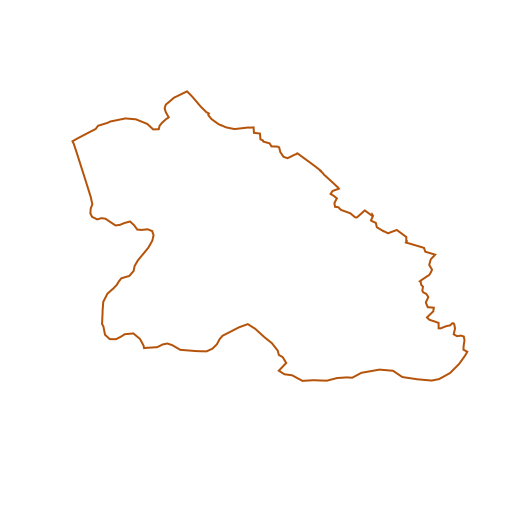 Sanoyeah, Bong, Liberia (Equal Earth projection), rotated 70°
{"feature_id": "62588387B99544432637290", "entity_name": "Sanoyeah", "entity_type": "district", "adm_level": 2, "iso_a3": "LBR", "parent_name": "Liberia", "parent_adm1": "Bong", "projection": "equal_earth", "projection_center": [-9.896, 7.035], "detail": "fine", "context": "isolated", "style": "outline", "palette": "amber", "viewbox_px": 512, "rotation_deg": 70, "n_neighbors": 0, "source": "geoboundaries", "source_scale": "gbopen_adm2", "svg_char_len": 3938}
<svg xmlns="http://www.w3.org/2000/svg" viewBox="0 0 512 512"><g transform="rotate(70 256 256)"><path d="M85.4,389.2L88.3,388.9L98.8,389.2L123.6,390.2L128.1,390.4L128.3,390.4L144.0,391.1L151.4,392.1L151.8,392.4L154.9,395.1L159.4,397.1L159.8,397.0L163.1,396.7L166.1,393.8L167.3,392.7L167.5,389.3L167.6,388.3L168.2,387.1L169.5,384.7L175.0,380.7L179.2,377.6L180.2,373.3L180.0,368.3L180.5,362.6L181.5,362.0L185.7,359.9L189.3,358.9L190.6,358.5L192.4,354.5L193.8,348.8L197.1,345.0L197.3,345.1L199.2,345.1L201.3,345.1L206.0,348.1L206.9,349.1L211.5,354.5L219.7,368.5L223.9,373.5L228.2,376.1L231.4,381.8L231.3,384.1L231.2,384.3L230.9,390.2L233.2,393.9L234.1,394.9L234.3,395.3L235.4,396.5L237.9,401.5L238.0,401.7L238.0,401.9L240.6,408.5L246.8,415.2L249.5,416.4L255.0,418.9L256.4,419.4L267.2,423.9L270.0,423.5L278.4,424.8L283.8,422.0L284.1,421.8L286.3,416.1L285.6,410.4L285.1,408.2L284.6,406.1L286.2,400.1L286.8,397.7L294.3,393.4L301.7,392.3L304.2,392.7L305.9,386.7L306.3,385.4L307.9,380.0L307.2,373.9L307.9,369.3L308.2,368.9L311.1,365.2L311.5,364.9L318.3,359.2L321.8,351.5L323.4,348.0L324.5,345.6L325.7,342.8L328.7,335.1L328.2,328.8L325.7,323.1L323.4,320.5L321.5,318.4L320.6,316.7L319.5,314.7L317.2,296.4L317.2,295.0L317.2,287.0L324.2,281.6L335.1,275.9L343.3,270.9L352.5,267.9L356.7,268.4L360.2,265.5L366.9,264.2L367.3,265.1L371.6,273.8L372.1,273.4L376.8,269.8L380.5,262.8L389.2,255.1L392.4,244.4L395.4,237.1L397.4,232.0L398.4,221.6L401.1,212.3L403.3,207.2L402.3,200.2L401.8,196.9L403.1,189.6L405.0,178.8L409.1,170.0L410.7,166.5L419.8,159.9L427.1,146.4L433.1,133.6L434.3,126.0L434.2,125.6L433.1,118.4L432.3,113.6L426.8,101.9L421.1,93.6L418.6,90.6L418.2,90.2L416.0,92.2L415.0,93.1L414.7,93.0L414.3,92.8L411.6,91.7L409.2,90.4L407.6,89.5L406.5,88.9L402.7,88.3L400.9,90.7L400.1,94.5L397.2,97.0L395.8,96.1L392.4,93.9L391.2,93.6L388.2,93.1L386.8,93.4L386.4,94.3L386.4,94.5L387.6,97.4L387.0,100.8L387.1,105.2L387.1,107.5L386.4,109.1L381.3,107.3L378.5,110.7L377.2,112.4L375.2,114.9L372.3,116.4L371.8,115.4L368.6,108.3L366.1,107.0L365.4,106.6L363.6,110.4L362.9,112.1L362.4,112.1L359.5,112.3L358.3,112.3L357.5,112.1L353.7,108.2L353.2,108.2L352.4,108.3L349.8,109.0L347.3,111.3L345.6,111.6L345.4,111.5L343.2,110.3L341.9,109.6L339.5,110.6L336.6,110.1L335.8,110.7L335.3,109.0L335.2,108.6L333.5,101.7L333.1,99.8L331.3,97.4L329.1,95.3L328.8,95.3L323.7,96.3L319.9,93.7L319.2,93.0L318.6,92.4L316.5,88.1L316.0,87.2L315.7,87.6L309.9,95.4L305.8,95.4L305.3,96.1L304.5,97.1L298.2,105.6L294.6,110.5L293.5,109.2L293.1,109.6L290.0,108.4L289.6,108.2L286.0,110.6L279.7,114.8L279.8,124.2L276.1,127.7L276.2,127.9L274.9,128.9L270.3,132.6L265.8,132.1L263.0,135.0L261.9,135.8L258.3,132.3L256.4,132.7L257.2,133.6L250.4,138.2L250.9,139.7L251.5,141.0L254.2,147.7L254.2,147.8L254.1,148.8L253.3,149.8L250.8,151.2L248.2,152.7L241.7,160.4L238.3,162.0L238.2,162.2L236.8,164.9L234.0,164.4L233.8,164.3L233.0,164.2L229.5,160.3L225.9,162.5L225.0,163.2L223.2,164.7L221.1,161.9L221.1,160.7L221.1,155.1L219.5,155.6L209.6,160.7L202.4,164.5L201.2,164.7L198.0,166.4L197.9,166.1L193.3,168.9L192.2,169.6L174.2,181.6L173.7,182.0L173.7,182.7L174.1,183.3L174.0,184.9L174.3,187.4L174.9,192.9L172.8,195.5L172.3,196.2L166.7,197.6L161.8,197.1L160.3,198.8L159.9,199.9L159.8,200.2L158.3,204.0L157.6,204.1L154.8,204.7L151.0,210.0L149.9,209.9L147.9,211.9L142.3,210.4L140.6,213.7L139.6,215.8L136.4,214.9L134.3,214.3L133.7,216.5L133.2,218.2L132.6,219.3L130.5,228.1L129.4,232.7L126.7,237.2L124.6,240.5L121.2,243.9L121.3,244.1L119.2,246.2L118.7,246.5L112.1,251.0L107.8,252.5L106.9,252.6L106.0,251.5L105.0,252.4L103.8,253.5L102.7,254.0L96.6,256.9L86.6,260.6L84.5,261.4L77.7,264.5L79.2,279.0L81.2,284.2L82.9,289.0L85.9,291.3L89.7,291.6L95.9,290.6L96.6,293.6L98.6,298.6L100.6,302.0L103.6,304.0L101.9,309.3L94.7,313.0L89.1,319.2L86.5,322.1L82.0,331.8L81.9,332.9L81.8,333.5L79.8,346.8L80.1,350.2L79.6,359.9L81.8,363.2L82.6,369.6L84.1,380.9L84.3,382.3L85.4,389.2Z" fill="none" stroke="#b45309" stroke-width="2"/></g></svg>